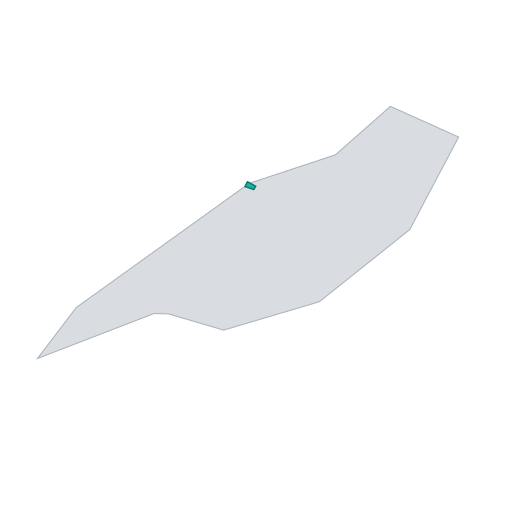 Ngermelech, Melekeok, Palau shown in context, rotated 226°
{"feature_id": "81905179B18672892914333", "entity_name": "Ngermelech", "entity_type": "district", "adm_level": 2, "iso_a3": "PLW", "parent_name": "Palau", "parent_adm1": "Melekeok", "projection": "robinson", "projection_center": [134.633, 7.502], "detail": "fine", "context": "in_parent", "style": "filled", "palette": "teal", "viewbox_px": 512, "rotation_deg": 226, "n_neighbors": 0, "source": "geoboundaries", "source_scale": "gbopen_adm2", "svg_char_len": 663}
<svg xmlns="http://www.w3.org/2000/svg" viewBox="0 0 512 512"><g transform="rotate(226 256 256)"><path d="M270.3,456.6L200.8,484.4L168.2,385.0L179.1,269.8L225.2,181.2L275.2,152.8L285.5,142.6L334.1,27.6L343.8,91.0L313.0,301.6L273.6,383.5L270.3,456.6Z" fill="#d9dde1" stroke="#a8b0b8" stroke-width="1"/><path d="M305.4,300.6L306.4,304.2L315.2,301.5L315.3,301.4L315.2,301.3L315.0,300.9L315.0,300.7L314.9,300.7L314.8,300.2L314.7,299.9L314.7,299.5L314.6,299.4L314.6,299.2L314.5,298.9L314.4,298.6L314.3,298.3L314.2,298.0L314.1,297.7L314.0,297.4L313.9,297.2L313.7,296.8L313.7,296.6L313.5,296.4L305.4,300.6Z" fill="#14b8a6" stroke="#0f766e" stroke-width="1.5"/></g></svg>